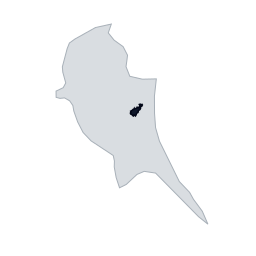 location of Alayköy, Cyprus, rotated 83°
{"feature_id": "46923920B56157666761112", "entity_name": "Alayköy", "entity_type": "district", "adm_level": 2, "iso_a3": "CYP", "parent_name": "Cyprus", "parent_adm1": "", "projection": "equal_earth", "projection_center": [33.249, 35.201], "detail": "fine", "context": "in_parent", "style": "filled", "palette": "ink", "viewbox_px": 256, "rotation_deg": 83, "n_neighbors": 0, "source": "geoboundaries", "source_scale": "gbopen_adm2", "svg_char_len": 1733}
<svg xmlns="http://www.w3.org/2000/svg" viewBox="0 0 256 256"><g transform="rotate(83 128 128)"><path d="M183.8,136.6L186.3,143.7L175.7,145.8L165.0,146.4L159.1,145.5L153.5,146.0L136.3,166.2L127.0,173.1L115.9,177.2L104.6,179.7L98.9,180.0L93.9,182.6L90.4,187.3L90.3,191.9L88.8,195.6L82.6,194.9L80.1,187.4L75.7,184.3L64.7,185.9L59.3,185.7L41.8,178.7L36.5,175.8L33.2,169.8L24.3,148.0L22.8,131.9L31.2,136.0L39.1,131.1L46.7,122.9L55.7,119.6L61.3,121.0L66.9,122.5L76.9,119.9L81.3,107.8L82.7,93.9L99.7,97.9L116.9,99.9L131.0,100.6L144.9,98.4L187.4,83.6L199.4,74.7L206.8,71.7L219.7,64.4L233.2,60.4L224.6,68.8L176.1,106.1L173.0,117.2L175.2,124.8L182.0,134.1L183.8,136.6Z" fill="#d9dde1" stroke="#a8b0b8" stroke-width="1"/><path d="M106.0,113.9L106.9,113.5L107.8,113.8L108.3,113.9L108.9,114.1L108.7,114.6L109.2,115.0L108.6,115.9L108.5,116.5L109.3,116.7L109.4,117.3L109.8,118.5L109.8,119.3L109.3,119.4L110.2,120.0L110.1,120.6L110.3,120.9L110.8,121.4L111.0,121.8L111.1,122.2L111.4,122.8L111.6,123.3L112.0,123.1L112.4,122.8L112.9,123.0L112.9,123.5L113.4,123.8L114.1,123.8L114.4,123.6L114.7,123.4L114.7,123.2L114.8,122.7L115.2,122.5L115.5,122.2L116.1,122.0L116.5,121.5L116.2,121.3L116.4,121.2L116.7,121.0L116.2,120.4L115.9,120.2L116.2,119.7L116.5,119.3L116.9,119.1L116.6,118.8L116.0,118.4L115.4,118.1L114.9,117.9L114.6,117.7L114.3,117.3L114.0,116.8L113.9,116.3L113.3,115.9L112.8,115.8L112.3,115.8L112.0,115.7L111.8,115.4L111.7,115.0L111.4,114.4L111.2,114.0L110.9,113.7L110.6,113.5L110.0,113.2L109.7,113.0L109.0,113.1L108.6,113.0L108.2,112.7L108.1,112.1L108.0,111.6L107.6,111.4L107.3,111.2L106.9,110.9L106.3,111.2L106.5,111.5L106.4,112.0L106.2,112.5L105.8,112.9L105.9,113.4L106.0,113.9Z" fill="#0f172a" stroke="#020617" stroke-width="1.5"/></g></svg>